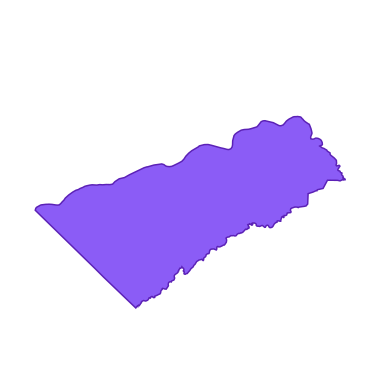 the district of Garay, Santa Fe, Argentina, rotated 218°
{"feature_id": "61730980B46237487976912", "entity_name": "Garay", "entity_type": "district", "adm_level": 2, "iso_a3": "ARG", "parent_name": "Argentina", "parent_adm1": "Santa Fe", "projection": "albers", "projection_center": [-60.292, -31.093], "detail": "fine", "context": "isolated", "style": "filled", "palette": "violet", "viewbox_px": 384, "rotation_deg": 218, "n_neighbors": 0, "source": "geoboundaries", "source_scale": "gbopen_adm2", "svg_char_len": 6028}
<svg xmlns="http://www.w3.org/2000/svg" viewBox="0 0 384 384"><g transform="rotate(218 192 192)"><path d="M218.5,220.6L218.9,216.4L218.6,212.9L218.9,209.9L220.5,206.2L222.9,201.3L223.8,199.7L225.5,198.0L227.6,196.7L229.0,196.3L231.0,196.3L233.1,195.5L238.6,189.8L242.4,184.6L243.1,183.9L244.7,181.6L251.9,167.1L254.1,161.8L257.5,157.6L259.1,152.8L259.4,149.3L261.1,147.4L264.2,145.1L266.9,142.6L269.3,141.0L271.2,138.9L275.1,136.2L276.7,134.6L278.6,132.3L279.9,130.6L280.9,128.3L282.4,125.8L283.1,123.9L284.5,122.0L285.9,118.6L287.3,113.8L288.1,109.2L287.9,106.6L288.2,104.6L288.3,102.2L288.7,100.1L290.0,98.8L291.9,97.6L294.6,96.1L297.1,94.4L299.8,92.1L302.7,89.2L303.3,88.4L305.0,84.4L305.1,83.7L305.0,82.8L304.3,81.1L221.5,72.0L209.3,70.5L164.9,66.0L165.0,67.8L164.1,68.3L164.5,68.8L164.8,68.9L164.8,69.1L164.3,69.8L164.3,70.1L164.2,70.1L163.9,69.9L163.7,69.9L163.7,70.1L164.0,70.2L164.0,70.3L163.8,70.4L163.6,71.0L163.7,71.8L163.8,72.2L163.7,72.8L163.8,73.1L163.8,73.4L164.2,74.0L163.9,74.7L164.1,75.3L163.6,76.0L163.4,76.6L163.2,76.8L161.7,77.3L161.0,78.1L160.3,79.5L160.3,80.8L160.6,81.9L160.6,82.3L160.3,82.6L159.8,82.5L159.5,82.7L159.5,83.4L159.8,83.8L159.4,84.9L158.8,85.2L158.4,85.2L157.8,85.0L157.4,85.1L157.1,85.2L156.8,85.5L156.5,85.9L156.6,86.3L157.2,86.7L157.2,87.0L156.8,87.5L156.6,88.1L156.2,88.6L155.1,91.0L154.5,91.9L154.6,93.1L155.6,94.9L155.7,95.8L155.5,96.8L155.6,97.1L155.8,97.4L156.0,97.5L156.0,97.8L155.4,98.2L153.7,98.8L152.5,99.6L152.8,103.3L153.0,103.8L153.6,104.2L154.1,105.0L154.5,105.7L154.6,106.5L154.3,107.4L153.8,107.9L152.9,108.4L153.3,109.2L152.5,110.8L152.1,111.3L152.2,112.1L152.7,113.6L153.5,113.9L154.4,115.1L154.6,115.9L154.4,117.1L153.9,118.3L153.6,120.0L153.7,120.3L154.1,121.0L154.2,121.3L153.9,121.8L154.3,122.3L154.5,122.9L154.4,123.5L154.6,124.3L154.6,124.6L154.0,124.9L153.9,125.1L153.7,126.1L153.9,126.8L153.0,126.5L152.7,126.4L152.1,126.5L151.9,126.7L151.6,126.6L150.4,125.7L150.3,125.4L150.4,124.8L150.2,124.4L149.9,124.3L149.0,124.3L148.5,123.7L148.4,123.1L148.1,122.9L147.6,122.6L147.3,122.7L146.7,123.0L146.2,124.1L145.8,124.8L145.5,125.0L145.6,125.4L145.4,128.9L145.6,130.9L145.0,133.5L145.1,134.2L145.4,135.3L145.1,136.8L145.5,140.0L145.2,141.0L144.9,141.6L144.8,142.2L144.7,142.5L143.3,144.3L142.8,145.0L142.5,145.1L141.9,144.8L141.1,144.8L140.9,145.0L141.1,145.8L141.8,146.5L142.0,147.9L141.6,148.9L141.5,149.5L141.8,150.4L142.2,151.2L141.8,152.9L140.8,153.8L140.8,154.3L142.1,157.0L141.8,158.7L139.7,160.6L137.9,161.0L137.1,161.4L137.4,162.4L137.9,162.9L138.5,164.0L138.1,165.0L137.3,165.1L136.2,166.0L135.2,167.9L134.5,169.6L133.9,170.1L133.8,170.9L133.9,171.8L134.0,173.5L135.0,175.3L135.9,176.1L136.4,176.3L136.8,176.6L136.7,177.4L136.3,178.2L135.1,179.5L134.5,181.6L133.7,182.0L132.4,183.3L131.6,183.5L130.7,184.2L130.4,184.6L130.3,185.3L130.4,185.9L130.4,186.5L129.8,188.0L128.8,188.8L128.6,189.3L128.5,189.8L128.1,190.1L127.7,190.3L127.5,191.0L127.2,191.5L127.0,193.7L126.9,194.3L127.0,195.2L126.9,195.6L125.8,196.2L125.6,197.0L125.6,197.3L125.8,197.5L125.6,197.9L125.0,198.1L124.9,198.3L124.9,198.6L125.3,199.4L125.6,199.6L125.8,199.7L126.4,199.7L126.6,199.8L127.0,200.1L127.0,200.4L127.1,200.6L127.9,200.6L127.9,200.8L127.6,201.1L127.1,201.5L127.2,202.1L127.1,202.4L126.8,202.3L126.0,202.4L125.4,202.8L125.3,203.0L125.7,203.4L125.7,203.5L125.2,203.6L124.9,203.5L124.8,203.1L124.9,202.8L124.8,202.7L124.7,202.6L124.4,202.7L124.1,203.3L124.2,203.7L124.4,204.0L125.0,204.6L125.2,204.8L124.5,205.2L124.3,205.6L123.9,205.9L122.9,206.2L122.3,206.3L121.3,206.0L120.8,205.2L120.1,205.1L119.5,205.3L118.5,206.0L117.6,206.4L116.9,207.5L116.7,208.0L116.3,208.7L115.8,209.0L113.0,208.9L112.5,209.4L112.8,211.1L112.3,212.2L111.6,212.5L110.6,212.3L109.6,211.8L108.9,211.8L108.2,212.2L107.4,213.2L107.1,214.0L107.1,215.2L107.5,217.2L107.2,219.5L106.7,220.0L106.4,220.6L107.0,221.5L106.7,222.0L105.6,222.8L104.7,223.1L104.1,223.6L104.8,224.7L105.7,227.0L105.8,227.3L105.8,228.0L105.6,228.5L105.3,228.5L104.4,228.1L104.2,228.2L104.0,228.4L104.0,228.7L104.9,229.9L105.0,230.2L103.8,231.0L103.3,232.0L103.3,232.5L103.6,232.8L103.8,233.7L104.0,233.9L104.0,234.2L103.9,234.3L103.4,234.6L102.9,235.4L102.2,235.8L101.6,236.5L101.6,237.0L101.8,237.4L102.6,237.9L103.2,238.1L103.9,239.7L103.6,240.5L101.7,243.5L99.9,244.8L98.7,245.1L98.4,246.0L94.6,249.9L93.5,251.3L93.5,252.6L93.4,253.7L99.5,262.2L96.6,266.4L94.6,270.3L94.4,270.2L94.5,271.1L90.9,275.5L92.5,284.7L84.5,290.8L82.2,291.9L81.9,292.4L81.4,293.5L81.0,294.2L80.2,294.6L78.9,296.0L79.4,296.4L79.7,296.4L80.7,296.1L81.2,296.4L81.2,296.1L81.2,295.8L81.3,295.7L81.8,296.1L82.1,296.4L82.1,296.8L82.3,297.1L82.8,297.3L83.2,297.6L84.6,297.7L84.9,297.9L85.2,298.3L85.3,299.0L85.5,299.2L85.8,299.3L86.4,298.9L87.0,298.8L88.0,299.4L88.5,299.5L89.0,299.3L89.7,299.0L90.2,298.9L90.5,299.1L90.9,299.4L91.0,299.8L91.0,300.7L91.3,302.1L91.2,303.1L91.5,303.5L92.1,303.7L92.6,303.5L94.0,301.7L94.4,301.6L94.7,301.7L95.1,302.0L95.3,302.4L95.6,303.3L95.8,303.7L97.7,305.8L98.4,306.0L101.0,306.4L104.3,306.4L105.1,306.4L106.2,306.6L107.3,307.8L110.4,307.5L111.7,308.0L113.5,307.7L114.8,307.6L116.7,306.9L118.7,306.9L119.3,306.8L119.7,306.8L119.4,307.6L118.5,308.7L118.5,309.7L119.8,311.1L121.0,311.8L122.2,312.3L123.8,312.3L125.6,311.9L126.9,311.2L127.8,310.5L128.6,308.8L129.4,307.9L130.2,307.5L131.2,307.1L132.3,308.3L132.6,308.9L133.2,311.1L133.7,312.3L135.5,313.8L137.3,315.2L141.3,317.6L141.9,317.4L145.9,317.1L147.9,317.2L149.5,317.6L150.2,317.6L152.0,318.0L153.0,317.8L155.3,316.5L156.0,315.8L157.9,314.2L158.7,313.1L159.2,311.8L160.0,310.2L160.6,308.7L161.3,305.9L161.3,303.0L161.5,300.9L162.4,299.4L163.0,298.7L164.3,297.9L170.6,296.7L178.4,293.1L179.8,291.8L180.8,290.0L180.8,284.8L181.0,283.2L184.5,278.2L186.1,276.2L189.4,273.3L191.3,271.0L192.9,267.0L193.6,264.3L193.6,262.3L191.5,257.4L189.0,254.0L188.1,252.1L188.0,250.0L189.1,248.1L190.7,247.1L193.6,245.9L196.5,244.5L205.4,240.8L208.6,239.3L211.5,236.9L214.5,233.0L214.8,232.0L214.8,231.5L217.6,224.4L218.5,220.6Z" fill="#8b5cf6" stroke="#5b21b6" stroke-width="1.5"/></g></svg>